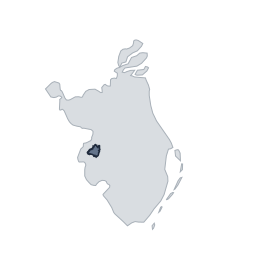 Bronckhorst, Gelderland, Netherlands (highlighted), rotated 133°
{"feature_id": "6326949B84146286859496", "entity_name": "Bronckhorst", "entity_type": "district", "adm_level": 2, "iso_a3": "NLD", "parent_name": "Netherlands", "parent_adm1": "Gelderland", "projection": "albers", "projection_center": [6.301, 52.053], "detail": "fine", "context": "in_parent", "style": "filled", "palette": "slate", "viewbox_px": 256, "rotation_deg": 133, "n_neighbors": 0, "source": "geoboundaries", "source_scale": "gbopen_adm2", "svg_char_len": 5377}
<svg xmlns="http://www.w3.org/2000/svg" viewBox="0 0 256 256"><g transform="rotate(133 128 128)"><path d="M155.7,215.0L151.8,214.8L148.2,214.7L146.3,214.4L144.2,213.4L143.3,211.5L142.2,209.2L142.5,207.8L146.0,203.9L146.5,202.8L146.1,202.2L146.5,200.5L149.1,194.6L149.5,192.2L148.3,190.6L146.7,189.6L141.2,187.8L138.7,185.3L137.5,183.1L136.3,182.5L134.5,183.2L130.0,183.9L126.4,182.7L122.1,178.6L121.2,174.9L120.7,172.1L119.6,171.1L118.2,172.5L116.3,174.8L112.7,175.0L111.6,174.4L111.5,173.1L111.3,171.9L110.3,170.4L109.3,169.6L104.6,173.7L102.9,173.6L100.8,172.0L99.8,170.3L97.4,171.2L95.2,173.1L95.8,176.8L94.7,177.4L92.1,177.0L89.2,175.4L85.9,174.4L81.0,171.7L74.0,173.5L69.2,170.9L65.2,170.5L62.8,168.5L60.2,165.1L62.2,163.0L64.1,162.3L71.4,162.2L76.7,163.7L86.1,171.1L88.5,171.1L91.1,170.3L89.9,168.3L87.5,167.3L84.0,165.3L81.2,162.5L87.9,161.8L87.0,160.4L86.2,158.0L79.5,149.4L80.7,147.2L82.6,142.5L85.0,138.5L86.7,137.5L89.7,134.7L96.1,126.6L100.3,119.9L103.4,111.9L108.2,89.8L109.5,86.0L111.6,81.9L114.2,82.7L115.9,84.0L122.3,80.9L133.2,72.9L136.5,65.8L139.7,62.5L152.1,56.2L158.9,54.3L169.4,53.8L177.0,52.6L186.1,52.2L189.6,56.1L191.6,59.0L194.9,60.6L199.9,61.7L199.7,67.4L199.8,78.8L199.5,80.8L197.3,85.6L194.9,94.2L194.3,99.9L193.6,101.0L183.9,101.0L182.5,102.0L182.3,103.2L182.8,104.7L182.6,106.1L181.9,107.3L182.3,109.2L184.0,111.3L187.1,112.6L190.4,112.7L192.1,112.4L193.3,113.9L194.6,116.3L194.5,119.2L194.1,123.2L192.6,126.9L188.1,131.1L186.0,132.6L184.1,133.4L183.2,134.5L182.8,135.9L182.9,137.2L186.2,140.5L186.1,141.3L185.2,143.1L183.9,144.8L175.6,148.2L172.1,148.0L170.1,149.7L169.5,150.0L167.3,148.4L162.5,146.6L160.6,147.2L159.6,148.2L156.5,149.4L154.3,151.3L154.3,153.8L158.2,160.1L159.5,161.3L159.6,163.7L161.5,166.6L163.4,170.3L163.6,172.7L163.4,175.1L162.4,178.4L159.0,186.3L158.9,187.8L159.2,189.0L160.4,189.3L161.3,189.9L161.0,191.0L154.6,196.4L153.7,197.4L151.0,197.1L150.6,198.0L151.0,199.5L152.0,200.8L154.3,201.5L156.3,202.9L157.9,205.6L155.7,215.0ZM89.2,175.4L88.5,177.7L87.0,180.1L81.9,183.6L76.6,185.8L73.9,185.4L72.1,184.1L71.1,182.8L68.4,181.4L64.6,180.7L62.1,181.9L60.4,183.2L58.9,182.9L57.8,181.8L57.0,180.1L56.1,174.8L59.0,173.9L65.2,173.8L69.9,175.8L76.2,176.9L81.1,174.6L84.8,176.8L89.2,175.4ZM79.4,153.7L83.0,157.2L83.7,158.2L84.0,159.4L79.3,160.5L74.4,156.3L71.1,157.2L70.0,155.2L70.0,154.0L73.4,153.1L79.4,153.7ZM116.1,74.1L112.4,78.4L110.2,77.1L109.6,76.1L110.8,72.8L116.2,67.3L116.1,74.1ZM132.3,55.4L128.9,55.8L127.4,54.9L135.6,52.6L140.7,52.0L141.6,52.3L132.3,55.4ZM154.1,51.1L147.0,52.1L144.6,51.3L144.2,50.6L146.1,50.2L152.2,50.1L154.1,50.8L154.1,51.1ZM124.4,59.9L117.6,64.3L117.1,63.5L121.4,59.8L124.4,59.9ZM183.1,43.7L179.7,43.9L180.7,42.3L183.8,41.0L185.4,41.0L183.1,43.7ZM168.7,48.0L163.6,50.1L162.4,49.7L162.7,49.1L167.1,47.8L168.7,48.0Z" fill="#d9dde1" stroke="#a8b0b8" stroke-width="1"/><path d="M161.4,135.8L161.2,136.0L160.8,136.3L160.7,136.4L160.6,136.5L160.4,136.7L160.4,136.8L160.4,137.0L160.5,137.1L160.7,137.3L160.9,137.3L161.0,137.3L161.3,137.3L161.5,137.2L161.7,136.9L161.8,136.9L162.0,136.9L162.1,137.0L162.3,137.1L162.5,137.2L162.8,137.0L162.8,137.5L162.7,137.7L162.8,137.7L162.8,137.9L162.8,138.0L162.7,138.3L162.4,138.4L162.4,138.5L162.3,138.8L162.2,139.0L162.2,139.3L162.3,139.4L162.4,139.5L162.2,139.5L162.3,139.7L162.3,139.8L162.3,140.4L162.3,140.5L162.5,140.6L162.9,140.7L163.1,140.7L163.3,140.7L163.9,140.6L164.2,140.7L164.3,140.7L164.6,140.7L164.7,140.8L164.8,140.8L164.9,140.7L164.6,140.4L164.8,140.1L165.0,140.3L165.0,140.5L165.3,140.6L165.3,140.8L165.4,140.7L165.4,140.8L165.5,140.8L165.7,140.7L165.8,140.6L165.5,140.4L165.6,140.2L165.9,140.2L166.0,140.2L166.0,140.3L166.3,140.4L166.5,140.4L167.1,139.8L167.2,140.0L167.3,140.1L167.6,139.9L167.8,139.9L168.2,139.8L168.3,139.8L168.5,140.0L168.8,140.3L168.6,140.4L168.6,140.6L168.5,140.8L168.8,140.9L169.1,140.9L169.4,140.9L170.1,140.8L170.0,141.0L169.9,141.1L169.9,141.3L170.0,141.3L170.2,141.2L170.3,141.3L170.5,141.3L170.8,141.3L170.8,141.2L170.7,140.9L170.8,140.6L171.0,140.6L171.3,140.5L171.8,141.1L172.1,141.1L172.3,141.1L172.5,141.1L172.8,141.2L173.0,141.2L173.3,141.1L173.5,141.0L173.4,140.9L173.5,140.9L173.7,140.7L173.8,140.4L174.0,140.1L173.4,139.7L173.7,139.4L173.4,139.1L173.6,138.9L173.5,138.7L173.4,138.5L173.5,138.5L173.4,138.4L173.5,138.4L173.4,138.4L173.5,138.1L172.6,137.9L172.5,137.5L172.4,137.3L172.5,137.3L172.4,137.2L172.2,136.9L172.1,136.7L171.9,136.6L171.8,136.4L171.7,136.3L171.7,136.1L171.7,135.9L171.7,135.6L171.6,135.4L171.4,134.8L171.4,134.7L171.2,134.4L171.3,134.2L171.2,134.1L171.3,134.1L171.6,134.0L171.9,133.9L172.0,133.6L171.8,133.3L170.8,132.6L171.0,132.3L171.0,132.2L170.9,131.9L171.0,131.5L170.9,131.5L170.7,131.6L170.4,131.8L170.4,131.7L170.2,131.8L169.9,131.8L169.8,131.7L169.7,131.7L169.8,131.7L169.6,131.5L169.6,131.2L168.5,131.1L167.7,131.5L167.4,131.6L167.2,131.7L167.1,131.8L166.9,131.9L166.6,132.0L166.5,132.3L166.4,132.5L166.2,132.6L165.9,132.7L165.6,132.7L165.4,132.6L165.2,132.6L164.9,132.7L164.8,132.8L164.7,132.8L164.6,133.0L164.6,133.3L164.5,133.5L164.4,133.7L164.4,133.8L164.5,133.9L164.5,134.0L164.4,134.0L164.4,133.9L164.4,133.7L164.2,133.8L163.8,133.7L163.7,133.7L163.7,133.8L163.3,133.9L163.2,133.9L162.9,133.9L162.8,134.0L162.7,134.2L162.7,134.6L162.5,134.8L162.3,134.9L162.2,135.0L161.9,135.3L161.8,135.5L161.7,135.5L161.4,135.8Z" fill="#64748b" stroke="#1e293b" stroke-width="1.5"/></g></svg>